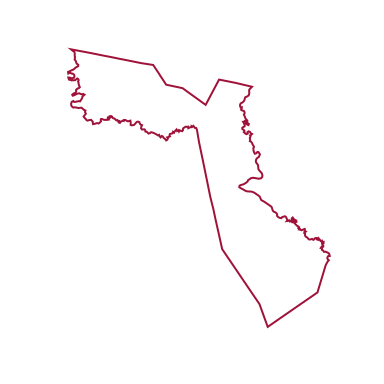 Santa Helena, Maranhão, Brazil, rotated 102°
{"feature_id": "56859067B36614364399438", "entity_name": "Santa Helena", "entity_type": "district", "adm_level": 2, "iso_a3": "BRA", "parent_name": "Brazil", "parent_adm1": "Maranhão", "projection": "albers", "projection_center": [-45.434, -2.467], "detail": "fine", "context": "isolated", "style": "outline", "palette": "rose", "viewbox_px": 384, "rotation_deg": 102, "n_neighbors": 0, "source": "geoboundaries", "source_scale": "gbopen_adm2", "svg_char_len": 6010}
<svg xmlns="http://www.w3.org/2000/svg" viewBox="0 0 384 384"><g transform="rotate(102 192 192)"><path d="M77.6,340.0L78.4,338.5L78.9,337.6L79.0,336.6L80.2,335.7L81.9,335.3L83.4,335.0L84.5,334.4L85.6,334.4L86.9,334.3L87.9,333.0L89.2,332.3L90.4,331.5L91.2,329.7L92.6,329.5L94.2,331.4L95.1,332.1L96.2,332.9L97.2,333.9L98.0,335.1L99.5,337.0L100.4,338.2L101.8,337.6L101.0,336.9L100.8,335.6L101.2,334.5L101.0,333.4L101.7,331.8L103.1,331.0L104.8,331.2L105.6,332.8L105.8,334.2L105.5,335.3L105.7,336.8L106.7,336.3L107.7,335.6L107.6,334.3L107.9,333.0L107.4,331.9L107.3,330.7L106.8,329.4L105.5,328.5L104.8,327.8L105.4,326.5L106.4,326.1L107.7,326.4L108.7,325.7L109.8,325.4L111.5,324.5L112.7,323.5L113.7,324.1L114.5,325.3L116.0,326.6L117.8,326.2L119.1,326.6L120.3,328.3L121.8,329.4L122.6,328.6L121.7,327.1L120.9,326.2L120.0,325.1L119.3,323.9L118.9,322.6L119.3,321.3L119.4,320.3L118.7,318.9L119.2,317.4L121.4,319.0L122.5,319.0L124.1,319.3L125.5,320.0L126.6,320.3L126.7,321.7L127.3,323.1L128.0,324.6L128.4,326.1L127.7,327.1L128.9,328.4L130.8,328.6L132.8,327.9L133.6,326.8L134.1,325.6L133.6,324.7L133.4,322.8L133.5,321.4L133.4,320.3L133.1,319.4L132.5,317.7L134.2,314.6L134.4,313.2L136.0,313.3L137.5,312.1L140.7,313.7L141.9,312.4L142.4,311.5L143.6,310.1L143.9,309.0L143.1,307.7L142.4,305.6L143.9,303.7L145.1,303.4L146.2,302.9L145.2,300.7L144.3,299.1L144.4,297.5L143.1,296.5L141.8,295.7L140.7,296.2L139.7,296.3L139.3,295.1L139.6,293.9L139.7,292.7L139.3,291.1L139.0,289.7L138.5,288.6L137.6,289.7L136.5,289.8L136.1,288.8L136.9,288.1L135.9,287.3L135.0,288.1L134.5,287.0L134.9,285.8L135.8,285.3L136.3,284.4L136.2,283.3L137.0,281.9L137.7,280.8L137.2,279.8L138.1,279.0L137.8,278.1L139.2,278.1L139.4,276.9L138.2,276.5L137.4,275.4L136.6,274.6L136.7,273.5L135.7,273.5L135.4,272.1L136.0,270.5L136.2,269.4L135.7,268.4L135.0,267.1L136.3,266.6L137.4,266.3L139.2,265.9L139.3,264.8L138.6,262.8L136.9,261.7L135.6,261.0L134.8,260.4L134.4,259.4L134.6,258.0L135.9,257.3L136.8,256.2L137.0,254.8L138.6,255.1L140.3,255.1L141.3,253.7L140.9,252.7L140.6,251.6L141.3,250.5L142.5,250.2L142.7,248.4L143.9,246.7L143.3,245.5L142.0,244.5L142.1,242.5L142.4,240.9L142.9,239.4L143.2,238.3L143.7,236.9L143.0,236.0L144.2,235.3L145.1,234.1L143.5,233.3L143.7,232.1L145.0,231.0L145.5,229.7L146.9,228.0L146.1,227.1L144.7,226.7L143.7,227.6L142.9,226.1L142.1,225.1L141.3,225.8L139.9,225.7L139.2,224.3L138.7,223.3L137.1,223.1L137.7,221.9L136.7,221.7L135.5,221.0L134.1,220.2L135.5,219.2L134.4,218.2L135.6,217.3L134.2,216.8L134.5,215.8L134.6,214.3L133.5,213.7L132.4,214.0L131.3,213.7L130.5,212.9L129.5,211.9L129.3,210.6L128.9,209.5L130.4,208.9L129.8,208.1L129.0,207.2L128.7,205.9L127.6,206.1L127.9,205.0L127.0,204.4L127.9,203.4L128.7,202.4L128.5,201.3L129.5,200.5L130.6,199.9L141.5,195.6L147.7,192.9L159.4,187.7L193.4,172.9L204.2,167.6L213.2,163.6L227.6,157.0L241.6,150.6L247.2,144.8L254.5,137.2L256.9,134.7L262.2,129.2L279.3,111.4L287.6,102.7L308.2,89.9L298.6,80.9L279.4,62.8L264.2,48.4L235.6,46.0L231.7,44.8L230.3,44.0L229.5,45.3L228.5,45.9L227.5,45.9L226.3,45.4L226.0,44.0L224.9,44.4L223.6,45.3L223.2,46.4L222.9,47.6L222.6,48.8L223.1,50.5L222.0,51.5L221.6,52.9L220.1,53.2L220.0,54.4L218.6,53.8L218.2,52.3L217.2,52.4L216.4,53.6L215.0,54.2L214.8,52.7L213.4,52.9L213.7,54.0L212.5,54.8L213.2,56.1L212.0,57.2L211.0,58.5L212.6,58.7L212.4,59.9L211.1,59.6L211.1,61.1L211.9,62.3L212.9,62.6L213.6,63.4L212.9,64.8L213.8,66.3L214.1,67.6L213.6,68.5L212.6,69.7L212.3,70.8L211.9,71.7L210.9,72.4L209.4,72.7L208.8,73.7L207.1,72.5L207.0,73.7L205.8,73.6L204.7,74.1L205.8,75.8L206.6,76.8L206.4,78.3L206.4,79.5L205.4,79.2L205.1,80.5L204.1,80.0L203.5,81.1L203.2,82.2L202.5,83.3L201.4,84.9L200.0,84.7L200.6,85.8L200.7,87.4L199.4,86.9L198.0,86.6L196.8,87.2L196.0,88.2L197.0,88.9L198.1,87.7L198.6,88.7L199.7,88.9L200.5,90.1L199.5,90.8L200.2,91.7L200.7,93.2L199.5,92.6L198.9,93.4L197.8,94.2L196.9,94.9L196.4,96.0L197.1,97.4L197.7,98.5L199.0,99.2L199.1,100.7L198.7,102.3L197.7,103.8L196.5,104.0L195.3,104.7L194.6,106.1L194.3,107.7L193.8,108.7L192.7,109.6L191.2,110.3L190.0,111.2L189.4,112.2L188.9,113.5L187.1,117.8L186.2,120.1L185.8,121.7L185.3,122.8L184.4,123.4L183.2,124.2L182.3,125.0L181.5,126.6L179.8,130.7L179.5,132.0L179.3,133.3L179.3,134.5L179.6,136.0L179.8,137.5L179.9,138.8L179.6,140.3L179.3,141.3L178.7,142.9L178.3,144.6L177.9,145.8L177.4,146.8L175.9,146.8L174.9,145.5L174.4,144.4L173.8,143.3L172.7,142.0L171.3,140.7L170.2,139.8L168.9,139.7L166.1,137.0L165.4,135.3L165.2,132.2L165.2,129.7L164.3,127.4L162.9,126.5L161.4,126.5L160.3,127.0L159.2,127.6L158.5,128.5L157.8,129.5L157.0,130.6L156.0,131.6L155.1,132.1L153.8,132.4L152.0,133.0L150.6,134.4L149.9,135.4L148.4,136.0L146.6,136.0L145.2,135.2L143.6,133.8L142.1,133.6L141.1,133.4L140.2,134.2L139.1,135.4L139.4,136.5L140.8,137.2L141.5,138.5L140.2,139.6L138.7,140.4L137.2,140.9L136.2,141.1L135.1,140.7L134.0,141.5L132.8,142.7L131.7,143.3L130.4,144.9L130.2,146.0L128.8,146.0L127.2,146.7L125.7,146.3L124.6,147.0L123.8,146.0L122.8,145.3L122.4,146.5L121.8,147.3L121.0,148.1L120.9,149.2L122.0,150.2L123.2,149.6L124.1,150.7L123.9,151.7L122.6,153.8L121.5,153.3L120.5,154.3L120.1,155.7L118.9,156.2L117.9,155.5L116.9,154.2L115.9,154.3L114.8,154.9L113.7,155.7L112.8,156.5L112.6,155.5L111.6,155.3L111.3,154.1L112.9,154.0L114.0,153.2L114.6,151.9L114.8,150.7L113.5,150.6L113.2,152.0L112.1,152.5L110.9,152.6L110.0,153.5L109.2,154.9L107.9,155.6L106.6,156.5L105.7,157.3L104.1,156.9L102.8,157.3L101.9,158.2L101.9,159.6L101.3,161.1L99.9,160.7L98.7,160.9L99.2,162.0L98.1,162.8L96.6,163.1L95.2,162.8L94.3,161.7L93.4,160.8L92.3,160.2L91.1,159.8L89.6,159.8L88.1,159.5L87.3,158.1L85.6,156.6L84.3,156.5L82.4,156.7L81.4,157.1L80.2,157.3L79.3,156.9L78.1,156.1L76.6,155.2L76.2,171.9L76.4,188.9L102.3,196.3L103.9,196.8L103.3,198.1L102.8,199.3L94.6,217.9L92.4,222.8L92.4,224.0L92.4,227.7L92.4,230.9L92.4,239.6L87.6,244.4L84.9,247.2L82.8,249.2L75.8,256.4L76.5,268.3L76.7,287.8L76.8,288.9L76.8,296.2L77.0,307.4L77.1,316.8L77.1,318.4L77.6,340.0ZM200.0,84.7L199.5,83.6L198.2,84.1L197.9,85.3L199.2,85.3L200.0,84.7Z" fill="none" stroke="#9f1239" stroke-width="2"/></g></svg>